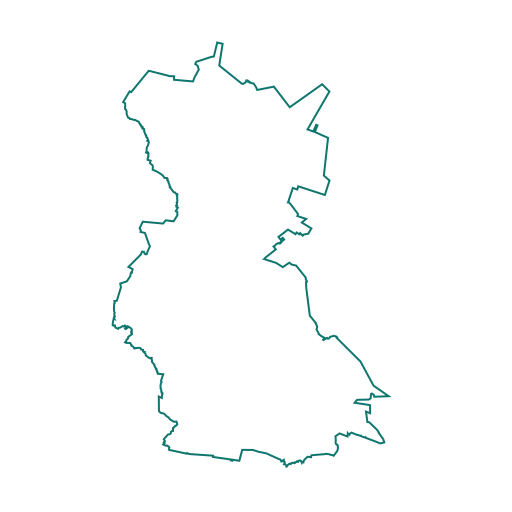 Cuauhtémoc, Chihuahua, Mexico, rotated 8°
{"feature_id": "50627088B28133292335375", "entity_name": "Cuauhtémoc", "entity_type": "district", "adm_level": 2, "iso_a3": "MEX", "parent_name": "Mexico", "parent_adm1": "Chihuahua", "projection": "orthographic", "projection_center": [-106.99, 28.768], "detail": "fine", "context": "isolated", "style": "outline", "palette": "teal", "viewbox_px": 512, "rotation_deg": 8, "n_neighbors": 0, "source": "geoboundaries", "source_scale": "gbopen_adm2", "svg_char_len": 6131}
<svg xmlns="http://www.w3.org/2000/svg" viewBox="0 0 512 512"><g transform="rotate(8 256 256)"><path d="M122.0,320.4L122.7,322.3L122.2,322.9L122.6,327.6L123.2,330.6L124.0,331.9L123.7,333.1L124.2,334.3L124.0,335.1L124.6,335.7L123.8,336.8L124.3,337.6L123.9,337.4L123.8,338.0L123.5,341.3L123.7,344.5L124.6,344.9L125.4,344.4L126.0,344.4L126.7,346.4L129.6,347.3L130.0,346.3L131.5,345.8L133.6,344.0L134.9,344.2L135.8,343.1L137.4,343.8L137.7,344.3L137.1,344.7L136.4,346.1L137.2,346.5L138.8,344.9L139.0,343.5L142.2,344.9L143.3,346.1L143.0,347.9L143.5,348.2L143.0,348.7L143.1,349.3L143.5,349.2L144.1,350.7L140.8,353.8L140.6,355.0L140.8,355.4L139.4,357.0L139.3,358.4L138.4,359.7L140.0,360.2L141.1,359.8L143.7,359.8L144.4,360.9L145.1,361.4L145.1,362.2L147.2,363.0L148.5,364.6L149.5,363.9L150.3,363.9L151.0,363.5L153.6,363.2L154.6,363.5L155.2,364.6L157.2,364.7L157.4,366.0L157.9,366.5L159.0,366.5L158.8,367.1L160.1,367.9L160.7,369.8L163.7,371.5L165.2,372.0L165.7,372.1L166.0,371.5L166.9,371.5L166.8,372.4L167.5,373.6L167.7,375.3L170.6,377.9L170.7,378.9L171.0,379.0L171.8,380.6L173.0,381.4L172.8,382.1L173.8,383.0L173.7,383.5L174.7,384.7L174.5,385.2L175.1,385.7L175.2,386.3L180.6,386.0L179.3,393.0L180.1,393.9L179.5,395.3L179.5,398.3L180.0,399.9L180.0,400.8L180.7,401.3L180.9,401.8L181.0,403.7L181.7,404.0L182.5,404.8L182.0,405.7L182.5,406.2L182.3,407.5L182.5,409.7L179.3,408.7L181.5,423.2L183.5,424.6L186.8,424.9L189.9,427.2L191.8,428.0L193.7,429.8L197.3,431.4L198.3,431.5L200.2,431.0L201.5,433.4L200.7,435.0L199.7,435.3L199.0,436.7L197.8,437.7L198.1,440.8L197.2,440.9L196.4,441.7L196.2,443.9L195.2,444.5L193.7,445.0L190.2,450.2L191.6,451.9L190.6,453.4L191.5,454.0L190.3,455.5L192.4,456.3L194.2,456.1L196.1,456.9L196.8,457.6L196.7,459.4L197.0,460.1L215.1,461.4L215.3,460.8L217.5,461.4L241.4,459.7L241.4,461.0L259.7,461.0L259.6,461.7L260.1,461.7L260.1,462.0L261.2,462.0L261.4,461.0L268.0,461.1L269.3,449.9L280.0,448.5L285.7,449.5L293.7,450.0L305.9,453.6L308.4,454.1L309.8,456.0L310.6,455.5L311.5,454.2L311.9,454.0L312.0,455.1L313.1,456.1L312.8,456.5L313.0,457.7L312.8,458.3L314.1,458.2L315.0,459.1L315.5,460.3L316.0,459.9L316.3,459.0L317.5,457.5L318.6,456.9L319.4,457.2L320.0,456.1L321.2,455.6L322.1,455.6L322.7,455.9L323.3,455.5L323.2,455.2L323.4,454.8L325.0,454.3L325.2,453.6L326.4,453.9L326.6,452.9L327.9,452.3L329.1,452.7L330.1,454.3L330.3,453.5L331.7,453.8L331.8,451.9L333.4,449.5L335.1,447.6L338.5,447.6L338.4,446.5L338.7,445.6L351.8,442.6L352.5,442.2L356.0,442.1L357.6,442.5L359.9,442.6L360.7,443.0L363.8,437.4L363.9,434.2L363.6,433.9L363.3,432.1L362.6,431.5L361.9,431.6L360.8,430.0L360.6,427.0L359.8,423.4L363.5,420.1L371.8,422.0L371.6,418.9L372.1,419.4L373.1,419.4L373.5,419.8L373.9,418.6L375.1,417.6L380.9,419.1L381.9,419.0L384.4,419.6L384.9,419.3L385.5,419.9L389.6,420.7L389.8,420.4L390.0,420.8L400.8,423.2L405.1,424.3L409.0,422.8L407.5,419.7L402.1,414.0L402.2,413.7L400.1,411.3L391.3,404.9L389.4,404.9L386.6,394.8L390.9,395.8L389.7,387.8L374.1,387.6L375.7,384.9L376.4,384.3L387.5,382.5L389.3,381.1L389.1,376.7L389.8,376.1L390.8,376.4L392.2,377.5L392.7,378.9L406.9,376.4L390.4,368.0L374.2,346.0L347.3,325.8L347.7,325.4L346.9,324.6L344.3,324.2L340.7,325.7L339.5,327.7L338.6,327.9L337.6,327.2L333.9,330.4L335.1,327.5L331.8,326.2L329.0,324.6L329.1,324.3L326.2,320.4L326.5,317.5L324.3,314.1L324.5,314.0L317.6,307.6L310.2,280.6L309.2,275.0L309.9,274.6L310.0,274.0L308.6,272.3L308.3,270.5L297.1,259.9L292.5,259.5L289.9,258.0L284.1,263.3L276.8,260.0L264.4,257.9L265.9,255.9L274.7,246.7L272.0,244.1L273.5,242.9L274.3,241.5L275.1,240.8L276.3,240.5L276.4,240.2L277.4,240.4L278.5,240.0L279.1,238.9L278.6,238.7L281.6,235.8L280.0,234.3L278.1,236.4L275.6,234.0L284.0,225.4L292.1,228.9L292.9,227.1L296.1,228.5L296.6,227.2L299.4,229.4L300.2,228.1L304.6,226.7L307.0,221.0L296.7,216.5L300.5,212.3L291.4,210.7L291.8,208.6L282.6,199.4L280.8,198.4L280.8,197.5L280.4,197.8L283.0,183.5L287.6,184.4L288.1,181.1L315.7,186.0L318.3,171.0L312.0,166.9L310.9,129.0L297.0,125.0L298.7,118.1L297.4,117.7L295.4,124.7L289.4,123.5L305.8,82.9L297.6,76.7L268.7,104.0L250.1,85.8L234.1,91.4L232.6,88.9L229.7,85.5L227.3,85.5L226.3,84.8L225.5,85.1L225.0,84.4L224.1,84.6L224.0,83.7L223.0,83.3L221.9,83.5L221.9,84.3L221.4,85.6L219.2,87.4L217.9,87.3L193.1,72.5L193.4,50.5L187.9,50.0L186.5,64.3L183.9,65.1L169.8,72.0L169.1,74.3L171.8,75.8L173.4,79.4L170.5,87.0L169.3,91.9L150.3,92.9L149.9,89.4L145.7,89.9L124.0,87.5L109.6,111.1L107.9,110.6L103.0,122.1L105.2,123.0L105.6,125.6L105.5,126.3L106.0,128.8L106.9,129.3L107.9,131.1L108.0,133.1L109.5,135.9L110.3,136.9L111.2,136.9L112.1,137.9L113.9,137.7L116.3,138.3L117.3,138.0L119.3,138.9L121.2,139.3L121.8,140.5L122.7,141.3L122.8,141.7L123.3,141.9L123.2,142.2L123.8,142.6L124.4,143.8L125.5,143.7L125.7,145.3L126.3,145.2L126.5,145.7L127.1,145.6L127.5,145.9L127.5,146.7L127.9,147.0L128.0,148.6L128.6,149.1L129.6,151.2L130.5,151.6L130.5,151.9L130.2,152.0L131.0,153.7L131.9,153.9L131.9,154.5L132.7,155.5L132.8,156.2L132.3,157.0L132.4,157.3L133.1,157.4L133.5,157.1L134.1,158.5L133.7,161.3L132.7,163.9L133.1,167.4L132.8,168.5L133.3,168.4L133.3,169.0L133.7,169.2L134.5,169.2L134.9,168.7L135.3,169.2L135.2,171.0L135.7,171.9L135.2,173.2L135.5,173.7L135.1,174.8L135.3,175.9L138.4,176.3L138.0,178.6L139.4,179.8L140.6,180.3L141.4,181.5L141.7,185.0L144.0,185.5L144.3,185.8L145.2,185.9L149.5,187.6L152.6,189.3L154.5,191.4L156.9,191.2L157.1,191.8L157.5,191.7L158.0,192.4L157.7,193.4L159.0,194.5L158.9,194.9L159.3,195.9L160.4,197.2L160.4,198.2L161.5,199.5L161.1,199.9L165.7,204.3L167.0,204.4L168.3,205.6L169.4,205.6L169.7,206.3L169.2,207.5L169.4,208.2L169.9,208.7L170.0,210.7L170.4,211.8L170.3,212.7L170.5,213.8L170.1,214.3L170.4,214.6L170.5,215.6L170.0,216.8L170.8,217.1L170.3,218.3L171.9,219.0L170.3,222.7L171.9,223.4L172.5,226.6L169.6,233.1L161.7,233.2L159.4,236.8L139.1,237.8L136.9,244.7L138.5,246.9L138.4,248.3L142.8,248.6L148.1,258.8L149.6,261.1L147.9,267.1L147.6,269.2L146.7,269.7L146.1,269.7L145.3,269.0L144.5,267.5L143.0,267.4L142.5,267.6L141.8,270.5L131.2,284.6L135.6,286.1L135.4,289.8L134.7,289.7L134.3,291.1L134.3,293.5L131.7,299.0L125.4,302.2L126.6,306.0L124.4,319.7L122.0,320.4Z" fill="none" stroke="#0f766e" stroke-width="2"/></g></svg>